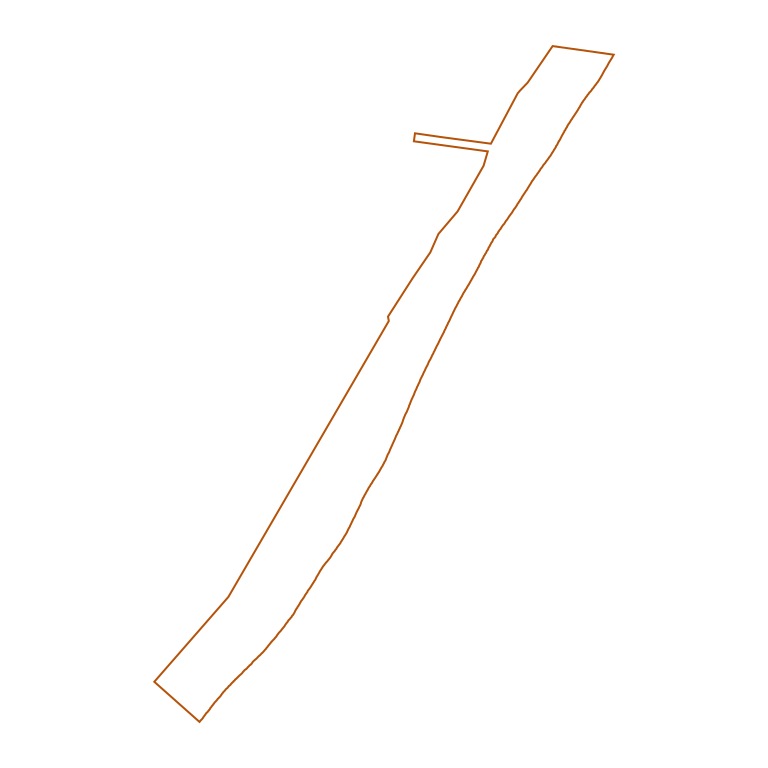 Villa Gesell, Buenos Aires, Argentina
{"feature_id": "61730980B33740437048301", "entity_name": "Villa Gesell", "entity_type": "district", "adm_level": 2, "iso_a3": "ARG", "parent_name": "Argentina", "parent_adm1": "Buenos Aires", "projection": "natural_earth1", "projection_center": [-57.039, -37.367], "detail": "fine", "context": "isolated", "style": "outline", "palette": "amber", "viewbox_px": 768, "rotation_deg": 0, "n_neighbors": 0, "source": "geoboundaries", "source_scale": "gbopen_adm2", "svg_char_len": 6062}
<svg xmlns="http://www.w3.org/2000/svg" viewBox="0 0 768 768"><path d="M552.6,46.1L527.6,82.7L520.0,90.6L517.7,93.3L490.9,143.7L441.4,137.1L415.0,133.3L413.9,141.3L487.8,151.4L483.6,165.7L457.6,211.4L438.4,234.0L430.3,252.4L412.7,278.1L388.0,316.6L388.8,321.0L228.4,596.9L154.3,681.8L199.5,721.9L200.5,720.6L202.0,719.1L202.8,718.1L203.4,717.1L205.6,714.2L206.0,713.4L207.6,712.0L207.8,711.5L208.8,710.5L208.9,710.2L209.6,709.5L210.4,708.0L211.0,707.4L212.2,705.7L213.1,704.7L213.5,704.0L214.0,703.5L214.6,702.5L215.7,701.5L216.3,700.7L217.2,699.8L217.7,698.9L218.7,698.0L220.4,696.2L222.1,693.7L222.8,692.9L223.4,692.0L224.5,691.0L226.0,689.1L227.5,687.9L228.5,686.5L228.7,686.4L229.0,685.9L229.8,685.4L230.7,684.5L231.2,683.7L231.9,683.1L232.0,682.9L232.4,682.5L232.7,682.3L233.0,681.9L233.4,681.7L233.6,681.2L234.7,680.4L235.1,679.6L235.8,679.0L236.1,678.9L236.6,678.4L237.0,677.9L237.5,677.6L237.8,677.1L238.7,676.4L238.8,676.1L240.2,674.9L240.9,674.3L242.1,673.2L243.1,671.8L243.9,671.0L244.4,670.3L245.3,669.6L245.6,669.3L245.8,669.3L246.4,668.9L247.5,667.7L247.8,667.2L248.8,666.4L249.5,665.4L250.6,664.8L250.9,664.3L251.5,663.9L251.7,663.6L252.8,661.8L253.2,661.5L253.5,661.1L254.3,660.4L256.7,658.4L258.5,656.4L260.0,655.2L261.7,653.3L262.2,653.0L263.6,651.5L265.1,649.7L266.2,648.6L266.6,647.8L267.4,647.0L268.8,645.1L269.5,644.3L270.0,643.6L270.7,642.9L271.2,642.0L271.8,641.6L272.0,641.2L274.3,638.9L275.0,637.9L275.8,637.2L276.7,635.9L277.4,634.8L278.2,633.8L278.6,633.1L280.9,630.7L281.9,629.3L283.5,627.4L284.5,626.2L285.1,625.1L285.6,624.4L285.9,623.9L287.7,621.7L288.3,620.5L289.6,619.2L290.5,618.2L290.7,617.8L291.6,616.9L292.2,615.7L292.8,615.2L293.7,613.9L294.3,612.9L295.3,610.7L296.4,608.9L296.5,608.6L297.2,607.9L297.7,606.7L298.5,605.8L298.8,605.1L299.6,604.0L300.0,603.0L300.6,602.2L300.9,601.4L302.4,599.5L304.2,596.9L305.2,595.0L307.4,591.9L307.6,591.2L307.8,590.9L307.9,590.7L309.7,588.4L311.1,586.3L312.6,583.8L312.9,583.5L313.0,583.1L313.6,582.4L314.2,581.2L315.1,580.1L315.8,578.7L316.6,576.9L316.9,576.5L318.3,574.2L320.0,571.1L321.5,568.9L322.0,568.0L322.4,567.6L322.8,566.6L323.4,566.0L325.9,562.7L327.3,561.3L327.8,560.5L329.0,559.2L329.4,558.5L330.0,557.9L331.4,555.7L332.1,554.3L332.7,553.3L334.8,550.9L335.2,550.2L336.5,548.6L337.1,547.3L337.7,546.7L338.6,545.4L338.9,545.0L340.4,543.1L340.8,542.1L341.5,541.2L342.2,540.0L343.0,538.8L344.7,535.8L345.2,535.2L346.8,532.5L348.5,528.8L348.6,528.7L349.3,527.4L349.7,526.9L350.3,525.3L350.7,524.6L351.8,522.2L352.6,520.6L352.9,519.8L353.8,518.1L354.0,517.9L354.2,517.5L354.6,517.0L355.0,515.8L355.5,514.8L355.8,514.0L357.0,511.3L357.6,510.4L357.8,509.7L358.3,509.0L359.3,506.9L360.4,504.8L361.6,501.0L361.9,500.6L363.1,497.9L363.7,497.1L364.0,496.4L364.7,494.9L365.0,494.6L367.0,490.9L367.7,489.8L368.7,487.8L370.2,485.7L370.5,484.9L371.0,484.1L371.5,483.7L373.1,480.8L373.5,480.3L374.1,479.3L374.6,478.7L377.1,474.8L377.4,474.6L377.7,473.7L378.0,473.4L379.2,471.6L381.5,467.4L382.5,466.0L382.9,465.0L384.0,463.1L384.3,462.2L385.3,460.8L387.6,454.9L389.1,452.2L390.3,449.1L391.1,447.5L391.4,446.6L392.1,445.3L392.5,444.2L394.9,439.0L396.1,435.9L397.4,433.5L398.1,431.7L398.7,430.8L399.1,429.5L399.5,429.0L400.0,427.6L400.7,426.3L402.3,422.6L403.6,418.6L404.4,416.7L405.3,414.5L406.1,413.0L406.8,411.8L407.8,409.3L408.7,407.3L409.2,405.4L409.8,404.3L410.2,403.0L410.9,401.3L411.7,399.3L412.2,398.4L412.7,397.2L413.7,395.2L415.1,391.4L416.2,389.3L417.2,386.7L417.6,386.1L418.7,383.6L419.4,382.4L420.4,379.5L421.7,376.9L422.2,375.8L422.8,374.8L423.5,373.0L425.0,370.1L425.8,368.2L427.7,364.7L428.8,361.9L430.5,359.0L431.2,357.4L431.7,356.6L432.3,355.0L433.1,353.9L433.8,352.0L434.6,350.7L435.1,349.5L435.7,348.4L436.5,346.6L438.3,343.3L439.0,341.7L439.8,340.2L439.9,339.8L444.0,331.9L444.5,330.5L445.7,328.4L445.9,327.6L447.7,324.1L447.9,323.4L449.4,320.7L450.7,317.7L452.9,313.2L453.0,312.9L453.3,312.1L453.7,311.5L455.3,308.1L456.5,306.1L456.9,305.2L458.2,302.8L458.7,301.5L459.5,300.5L460.8,297.9L462.0,296.1L462.6,294.7L463.5,293.0L464.9,290.9L465.3,290.0L466.1,289.0L467.6,286.3L468.9,284.3L470.9,280.7L471.5,279.8L471.8,279.0L472.4,278.2L472.8,277.2L474.8,274.1L476.2,271.3L477.6,268.8L477.9,267.9L478.7,266.9L479.2,265.5L480.7,262.7L481.2,261.0L482.1,259.8L482.6,258.7L483.2,257.9L483.8,256.2L484.6,255.2L485.2,254.0L486.1,252.8L486.5,251.7L486.8,251.2L487.0,250.7L487.9,249.7L488.7,247.5L489.5,246.5L489.8,245.6L490.5,244.5L491.2,243.0L492.3,241.6L493.3,239.1L495.3,237.0L495.9,235.4L496.5,234.6L497.2,233.9L497.8,233.0L498.1,232.2L498.6,231.5L499.7,229.8L500.6,228.9L501.3,227.5L501.8,226.9L502.6,225.6L504.2,223.8L506.1,220.7L507.3,219.4L507.7,218.6L508.0,218.2L509.0,216.6L509.3,216.3L509.5,215.8L510.3,214.9L511.0,213.8L511.7,213.1L513.9,209.4L514.9,208.3L515.1,207.9L516.0,206.7L517.2,204.7L517.6,203.8L518.5,202.8L519.1,201.6L519.6,201.1L520.1,200.1L521.2,198.6L522.1,196.8L525.6,191.6L526.1,190.7L526.7,190.1L526.9,189.8L528.0,187.8L529.0,186.3L529.4,185.5L530.5,183.9L532.2,180.9L533.2,179.7L535.4,176.4L536.6,175.0L537.3,173.8L538.2,172.7L539.3,171.0L539.8,170.5L540.6,168.9L542.0,167.3L543.4,165.0L545.2,163.0L546.0,161.8L546.1,161.5L547.0,160.5L549.5,156.9L550.1,156.3L552.0,153.2L552.2,152.7L553.1,151.6L554.1,149.7L554.6,149.0L555.8,147.2L556.2,145.9L556.8,145.3L557.3,144.5L558.3,142.2L558.8,141.6L558.8,141.2L559.6,140.3L560.5,138.6L562.2,135.2L563.0,133.9L563.4,133.1L564.1,132.0L564.6,130.7L565.2,130.2L565.9,128.5L566.8,127.4L567.6,125.5L568.0,125.0L568.4,124.2L569.1,123.4L570.2,121.7L571.1,120.1L571.9,119.1L572.8,117.5L573.4,116.8L573.6,116.4L574.0,115.9L575.2,114.0L575.7,113.3L576.2,112.5L576.5,112.2L576.9,111.3L577.4,110.8L579.2,107.6L579.7,107.0L580.8,104.8L581.4,104.0L581.9,103.0L582.2,102.4L582.7,102.0L583.0,101.3L584.9,98.8L586.0,97.1L586.9,96.1L587.5,95.0L588.3,94.2L589.2,92.8L590.7,91.3L591.5,90.3L592.3,89.0L593.1,88.2L594.0,87.0L594.3,86.4L596.2,84.1L596.9,83.0L597.8,82.0L600.7,77.3L601.1,76.5L601.4,76.2L604.3,70.7L607.3,65.9L608.7,63.1L612.2,57.5L612.7,56.4L613.7,54.7L552.6,46.1Z" fill="none" stroke="#b45309" stroke-width="2"/></svg>